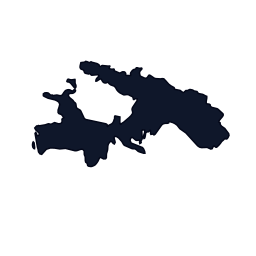 map outline of Leninabad (Albers equal-area conic projection), rotated 212°
{"feature_id": "TJK-369", "entity_name": "Leninabad", "entity_type": "Region", "adm_level": 1, "iso_a3": "TJK", "parent_name": "Tajikistan", "parent_adm1": "", "projection": "albers", "projection_center": [69.514, 39.97], "detail": "fine", "context": "isolated", "style": "filled", "palette": "ink", "viewbox_px": 256, "rotation_deg": 212, "n_neighbors": 0, "source": "natural_earth", "source_scale": "10m", "svg_char_len": 6004}
<svg xmlns="http://www.w3.org/2000/svg" viewBox="0 0 256 256"><g transform="rotate(212 128 128)"><path d="M216.9,110.5L217.9,112.1L217.2,113.7L215.5,114.9L214.0,115.4L211.4,114.9L210.7,115.1L209.5,115.9L209.1,115.6L208.8,115.6L208.3,116.2L206.4,117.8L205.8,118.3L202.7,119.4L201.4,120.6L201.2,122.3L201.2,124.2L200.9,126.5L200.2,127.6L199.4,128.5L198.4,129.2L197.3,129.6L195.2,129.7L194.7,130.0L194.3,130.5L194.0,132.0L193.5,132.5L192.5,132.2L192.1,131.3L192.2,130.2L192.7,129.0L193.3,128.1L195.6,126.5L196.3,125.1L195.8,124.0L194.7,123.2L193.4,122.8L189.5,122.3L187.6,121.5L185.9,121.3L185.0,120.8L182.9,118.3L181.8,117.7L180.7,117.7L178.2,117.8L177.2,117.5L170.1,112.9L168.4,112.8L149.1,119.8L148.3,119.9L147.5,119.8L147.2,119.5L146.6,118.5L146.3,118.4L146.0,118.7L145.7,120.2L144.7,121.7L143.9,123.1L143.6,124.8L143.9,126.8L144.2,127.6L144.2,128.5L145.4,130.6L145.4,131.4L140.7,133.1L138.3,129.0L136.9,127.4L136.2,127.2L136.0,127.4L136.0,127.8L135.8,128.4L134.8,130.5L132.6,137.4L132.0,139.9L131.8,142.4L132.2,143.6L132.9,144.4L133.8,145.2L134.5,146.0L134.9,147.1L135.0,148.3L134.8,156.0L135.5,157.5L137.4,156.7L137.7,156.3L138.0,155.3L138.5,155.1L140.0,156.6L141.0,156.9L143.1,156.6L145.2,156.5L146.1,156.1L146.9,155.6L148.6,154.2L149.4,153.8L153.8,153.5L155.8,153.8L157.7,154.4L159.8,155.6L161.7,156.2L165.6,155.4L167.6,155.6L169.1,156.3L169.5,155.9L170.3,154.8L171.1,154.1L172.1,153.7L173.2,153.7L174.2,154.0L175.9,154.9L176.7,155.2L177.5,154.9L177.9,154.3L179.3,151.3L180.0,150.7L180.5,151.4L180.8,152.6L180.8,153.6L180.3,156.0L180.3,156.9L181.2,157.2L182.1,157.0L186.5,153.7L187.1,153.4L188.7,153.8L189.2,153.8L189.5,153.6L190.0,152.9L192.9,151.9L193.7,151.8L194.4,152.1L195.5,153.0L196.2,153.4L197.0,153.5L198.9,153.1L199.7,153.2L200.9,154.1L201.6,155.5L202.6,158.5L200.9,159.9L200.1,160.4L199.7,160.9L199.3,162.0L198.2,162.5L195.2,163.0L194.8,164.1L194.3,164.6L193.6,164.6L188.5,166.2L186.5,166.3L186.0,166.2L185.1,165.4L184.4,165.4L184.0,165.6L183.6,166.1L183.3,166.9L182.9,167.4L177.6,170.0L176.4,170.9L176.2,170.9L176.0,170.6L175.9,169.4L175.7,168.8L175.5,168.6L174.9,168.6L174.2,168.7L172.8,169.3L171.3,170.5L171.0,170.5L170.6,170.2L170.2,169.3L169.7,169.3L164.3,170.1L163.6,170.8L162.6,172.6L161.6,173.3L160.7,173.7L160.3,173.7L159.2,173.3L158.9,173.1L158.1,171.7L157.1,171.8L153.6,173.9L153.8,174.5L154.7,175.5L155.0,176.4L154.8,179.0L154.4,180.2L153.9,180.9L152.8,181.9L152.8,182.6L152.9,183.3L152.7,183.6L152.1,184.0L150.4,184.5L149.7,184.8L148.3,186.0L148.0,186.0L147.7,185.8L147.5,185.2L147.8,183.6L147.9,182.8L147.9,182.1L147.5,180.9L147.1,180.4L145.4,178.7L144.7,178.6L140.5,179.1L139.6,179.4L138.9,180.0L138.6,180.5L138.4,181.4L138.3,183.7L138.1,184.0L137.7,184.3L136.9,184.4L132.1,184.2L131.2,184.4L130.1,184.9L126.4,186.9L125.2,188.0L123.7,188.7L120.9,188.0L119.6,187.6L116.5,186.7L113.7,186.5L110.6,186.7L110.0,186.5L109.7,186.3L109.4,185.7L109.2,185.5L108.5,185.7L103.7,187.5L100.3,187.2L100.0,187.3L99.6,187.6L98.8,190.4L97.2,191.5L96.4,192.9L95.9,193.5L94.1,194.2L93.1,194.5L91.7,194.4L88.8,195.5L87.0,194.7L86.4,194.7L85.6,194.9L82.8,196.0L81.8,196.2L79.4,196.3L78.0,196.6L77.1,195.2L75.5,191.4L74.7,190.5L74.3,190.4L73.1,190.5L72.3,191.1L71.4,191.3L70.6,191.2L69.9,190.4L69.5,190.2L68.6,189.9L67.9,189.9L62.7,191.6L61.4,191.6L55.0,190.4L54.1,189.5L53.9,187.9L54.6,182.9L54.5,182.0L54.0,181.3L53.7,181.1L52.9,181.3L52.6,181.2L51.7,179.9L49.7,179.1L45.7,178.9L39.7,176.6L38.4,175.2L38.1,172.7L38.3,171.3L39.0,170.6L39.5,170.5L40.0,170.6L40.3,170.5L40.7,168.4L41.4,166.2L41.5,163.9L41.9,161.3L42.6,158.8L43.1,158.3L43.8,158.2L45.1,158.4L45.8,158.0L45.9,157.8L45.7,155.0L46.7,154.0L50.6,153.5L55.3,150.3L57.2,149.7L59.5,149.8L76.3,154.5L83.7,154.9L87.8,156.4L90.2,156.6L92.7,156.4L95.7,155.6L96.7,155.2L96.2,153.9L96.9,153.0L99.0,151.6L100.2,150.4L100.9,149.1L101.1,147.6L101.7,137.2L102.3,135.9L102.8,135.9L103.5,136.2L105.2,134.7L106.0,135.3L107.3,137.5L107.9,137.8L108.3,137.4L108.4,136.4L108.8,135.4L109.6,135.1L110.2,133.9L110.3,133.0L109.2,130.6L108.7,129.2L108.5,128.0L108.9,127.5L109.9,128.2L110.9,130.4L111.6,133.2L112.7,135.0L114.8,134.1L114.7,132.7L110.4,126.7L110.2,126.0L110.1,125.4L110.2,124.1L110.0,123.6L109.2,122.9L109.1,122.3L109.7,121.1L110.5,121.8L111.6,123.8L112.2,123.6L114.0,122.1L115.0,121.8L118.5,122.3L119.7,122.2L120.1,121.4L120.2,120.4L120.0,119.5L119.7,118.6L117.4,116.9L105.4,119.1L103.7,118.5L101.5,117.0L100.3,115.6L101.3,114.9L106.0,113.7L107.1,113.6L110.0,114.1L111.1,114.0L112.8,113.0L113.8,112.6L121.8,111.4L122.9,111.6L126.1,113.3L130.5,114.6L133.0,114.7L134.8,113.9L134.8,112.4L131.3,109.1L131.1,107.2L132.4,107.1L134.3,107.8L135.8,107.5L136.2,104.4L135.9,103.0L135.4,101.7L134.1,99.4L133.6,98.3L132.6,94.7L130.6,91.3L130.7,90.0L132.4,88.8L135.4,88.6L136.1,88.1L136.3,87.3L135.9,83.8L136.0,81.5L136.3,79.5L137.1,77.9L138.3,76.3L139.0,75.7L139.8,75.3L141.4,74.7L142.3,74.8L143.5,76.0L144.3,76.5L145.8,76.6L146.9,77.7L148.8,80.6L149.4,81.2L150.6,82.0L151.2,82.6L152.6,84.8L153.2,85.4L154.7,85.9L156.0,85.5L157.1,84.5L159.2,81.9L160.1,81.1L161.2,80.5L170.2,77.6L174.8,74.1L179.8,72.0L183.3,69.9L186.0,66.7L187.2,59.9L189.0,59.4L191.2,60.3L193.0,62.3L194.6,63.7L204.0,74.2L203.9,75.3L202.9,75.0L201.2,73.5L200.3,73.7L199.8,74.5L199.9,75.6L200.7,76.6L205.2,77.5L207.1,78.6L206.6,81.3L205.8,81.8L205.4,82.6L204.2,83.0L199.9,86.8L198.2,88.9L197.6,89.5L195.4,90.3L194.8,91.0L193.6,93.0L193.1,93.7L189.3,94.7L187.9,95.7L187.1,96.9L187.3,98.6L188.7,100.5L188.0,102.8L190.5,103.8L191.5,104.1L194.4,103.6L195.5,104.1L196.8,106.2L197.5,109.1L198.4,111.9L200.4,113.3L202.5,113.4L204.6,113.2L211.6,110.9L215.9,110.4L216.9,110.5ZM193.9,133.7L194.6,133.7L200.6,135.7L202.3,135.7L203.9,135.0L204.5,135.1L204.9,136.3L204.8,137.5L204.3,137.9L202.7,138.3L201.3,139.0L198.8,141.1L198.5,140.9L197.0,138.5L196.6,137.9L194.9,136.7L194.2,135.8L193.8,134.7L193.9,133.7ZM197.0,60.7L198.4,61.2L199.5,62.3L200.2,63.3L200.9,64.9L201.0,66.0L200.0,65.8L199.2,65.0L197.7,63.1L196.9,62.2L196.3,60.9L197.0,60.7Z" fill="#0f172a" stroke="#020617" stroke-width="1.5"/></g></svg>